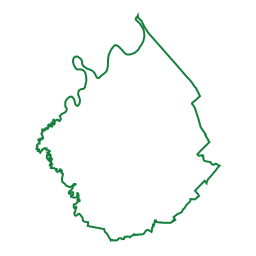 Nautla, Veracruz, Mexico
{"feature_id": "50627088B42356912123760", "entity_name": "Nautla", "entity_type": "district", "adm_level": 2, "iso_a3": "MEX", "parent_name": "Mexico", "parent_adm1": "Veracruz", "projection": "natural_earth1", "projection_center": [-96.821, 20.123], "detail": "fine", "context": "isolated", "style": "outline", "palette": "green", "viewbox_px": 256, "rotation_deg": 0, "n_neighbors": 0, "source": "geoboundaries", "source_scale": "gbopen_adm2", "svg_char_len": 5682}
<svg xmlns="http://www.w3.org/2000/svg" viewBox="0 0 256 256"><path d="M154.0,225.1L154.9,220.4L156.0,220.5L155.9,222.0L160.9,222.6L160.9,222.4L163.9,222.8L170.6,222.8L172.0,221.8L172.8,220.9L172.8,221.5L175.3,219.9L173.6,217.1L177.9,213.8L180.6,212.8L181.9,211.9L183.1,209.3L184.7,208.0L185.6,206.2L186.9,204.4L189.8,201.8L190.5,200.1L190.4,199.1L194.9,199.4L199.0,196.0L198.0,194.2L195.0,190.7L204.6,180.8L206.5,183.2L206.6,182.4L207.5,180.5L207.7,179.6L211.4,175.6L214.0,172.3L215.0,171.3L217.9,167.4L219.6,165.7L218.5,165.4L217.5,164.6L216.3,163.9L215.3,163.9L213.3,164.8L212.5,164.6L211.5,163.8L210.8,162.4L210.2,162.1L205.1,161.1L203.9,160.4L203.7,159.9L203.5,159.0L203.5,158.0L202.7,156.7L202.8,156.0L203.2,155.9L203.1,155.5L202.1,155.2L201.2,155.5L200.2,155.4L198.8,155.8L198.0,155.2L197.4,154.3L200.6,150.8L209.4,142.1L208.2,140.3L208.2,139.8L205.3,135.3L205.8,134.7L200.7,127.2L198.4,118.9L194.8,107.8L193.9,106.6L193.6,105.7L192.0,103.8L192.3,103.3L192.2,102.8L195.2,100.5L200.0,96.1L199.2,94.8L198.7,93.4L196.8,90.0L196.3,88.4L194.7,86.9L192.3,83.1L190.1,80.3L185.8,75.7L176.6,65.0L148.3,32.9L144.6,27.2L141.3,20.6L138.4,18.0L137.9,15.4L137.2,16.9L136.0,17.9L135.7,19.5L136.4,20.3L139.6,23.3L142.3,27.2L143.4,29.5L144.1,32.4L144.3,34.8L144.3,36.8L143.4,41.0L142.1,43.6L141.1,45.2L139.8,46.9L138.7,49.2L138.0,50.1L134.5,53.0L130.9,54.3L129.4,54.5L127.5,54.5L126.0,54.2L124.5,52.9L121.5,49.4L118.4,46.3L116.4,45.3L114.8,45.2L113.1,47.0L111.2,49.6L109.7,52.6L108.8,54.8L108.1,58.6L107.9,65.8L107.0,70.2L106.5,71.1L105.1,72.8L102.2,74.9L98.8,78.0L97.8,78.0L97.0,77.6L96.3,76.6L94.7,73.2L92.6,71.0L90.6,69.9L86.9,68.6L83.1,65.8L82.1,63.5L82.0,61.5L81.6,60.0L80.6,58.8L78.2,56.9L77.1,56.5L75.1,56.7L74.0,57.6L73.3,59.1L73.0,60.9L73.1,62.2L73.6,64.3L75.4,67.9L77.0,69.4L80.4,69.4L82.5,69.8L84.2,71.2L85.1,72.5L85.6,74.0L86.3,77.9L86.3,80.7L86.1,82.6L85.3,85.1L85.2,86.7L83.8,88.8L81.7,89.0L79.7,89.9L79.2,90.3L78.4,91.8L78.1,94.4L79.7,98.6L80.0,101.0L79.4,103.8L78.3,105.3L77.5,105.9L76.3,105.4L75.5,104.3L75.0,102.9L74.5,100.5L73.8,98.8L71.9,96.7L70.6,96.6L69.3,97.1L67.4,98.6L66.0,100.6L65.4,101.9L65.5,102.0L65.3,102.9L65.3,106.6L65.8,107.1L66.7,108.7L66.7,109.8L66.4,110.8L65.7,111.8L65.0,112.4L61.6,114.1L59.7,116.1L60.2,116.9L60.7,118.2L60.8,119.4L59.8,120.8L59.5,121.0L58.6,120.8L58.2,119.9L57.2,119.6L55.1,121.0L54.0,119.7L53.6,119.6L53.1,120.2L53.1,120.7L54.5,122.1L54.7,123.4L54.4,124.1L52.6,122.9L51.6,122.6L51.1,123.7L51.1,124.2L51.3,124.5L52.1,124.4L52.6,125.3L52.0,126.6L50.8,126.3L49.4,124.7L48.8,124.5L48.3,124.9L48.1,126.0L48.4,126.2L49.1,125.5L49.6,125.8L49.5,126.2L48.6,127.1L48.0,128.6L47.1,129.0L46.6,128.0L45.7,128.2L45.3,128.5L45.0,130.1L44.5,130.6L44.0,130.6L43.3,129.5L42.8,129.3L42.3,129.5L42.2,130.8L42.4,132.4L42.3,132.8L41.8,133.0L41.4,133.7L42.8,136.8L43.0,137.9L42.9,138.6L42.5,138.9L42.0,138.2L40.7,138.7L40.4,139.3L40.6,140.2L40.4,140.6L40.0,140.7L39.2,139.2L38.4,139.4L38.4,140.2L38.6,140.7L39.4,141.5L39.4,142.7L39.7,143.3L39.6,143.6L38.4,143.6L37.6,144.4L37.0,145.3L37.0,145.7L37.4,146.1L37.5,146.4L36.9,146.5L36.7,147.0L36.8,147.8L36.4,149.0L36.7,149.4L37.3,149.5L38.5,149.1L39.1,149.5L39.1,149.9L38.6,149.9L38.0,151.0L39.9,151.4L40.1,151.7L39.9,152.3L40.2,152.7L42.1,150.2L42.2,149.4L43.2,149.4L44.4,148.1L45.8,148.3L45.5,148.5L46.3,149.8L47.6,149.9L49.7,151.0L49.8,151.4L48.9,152.2L47.4,152.5L48.4,153.6L48.9,153.5L49.0,154.1L48.6,153.8L48.5,154.1L49.0,154.4L49.5,155.3L50.0,155.3L50.5,154.8L50.7,155.6L49.4,155.8L48.7,155.4L48.0,154.5L47.6,154.6L47.0,155.0L46.8,157.7L47.1,158.5L48.2,159.0L49.9,157.7L50.7,157.4L51.0,157.0L50.9,157.6L50.1,158.1L51.2,158.0L52.0,159.0L51.7,159.3L51.2,158.6L49.8,159.1L50.0,160.0L48.5,160.1L48.8,160.6L49.5,160.7L49.8,161.2L50.4,161.4L50.8,161.3L51.2,160.7L51.3,160.8L51.3,161.4L51.1,161.5L50.9,162.3L51.9,163.7L50.6,163.7L49.7,165.1L49.7,165.4L51.6,165.7L51.7,166.3L51.5,166.8L50.8,167.5L50.7,167.9L50.9,168.1L51.6,168.0L53.2,168.3L54.0,168.1L54.6,168.3L55.6,169.2L56.6,168.9L56.9,169.3L56.7,169.9L56.1,170.2L56.1,170.6L56.6,171.3L57.8,172.0L58.8,171.1L59.9,171.1L59.8,169.4L60.2,169.3L61.3,169.9L61.3,170.9L61.9,171.1L62.0,171.4L61.4,172.6L61.6,173.0L63.0,174.0L62.0,178.5L62.0,179.9L62.5,181.6L62.4,181.8L63.3,182.7L64.8,183.8L65.5,184.6L65.6,185.1L66.3,185.8L67.2,185.9L68.8,186.9L70.6,187.0L72.9,185.4L73.6,184.2L73.9,184.0L74.9,184.0L75.6,184.3L75.3,184.7L74.3,184.9L73.6,185.8L72.9,186.9L72.3,188.9L71.6,189.3L70.9,190.2L69.6,191.1L68.7,192.9L68.9,193.6L69.6,193.8L70.2,193.7L71.7,192.2L72.4,192.0L73.0,192.3L73.2,193.3L73.2,194.7L72.9,195.1L71.7,195.1L71.3,195.4L70.9,196.0L71.0,196.6L72.0,197.2L74.8,197.7L76.7,197.0L77.1,196.6L77.3,195.4L77.3,193.2L78.0,193.3L78.5,194.9L78.6,196.7L77.8,199.3L77.4,199.6L77.4,200.4L77.7,200.7L78.2,200.6L78.8,199.5L79.3,199.4L79.7,200.9L78.0,201.8L75.5,204.1L73.8,204.5L73.7,206.2L73.8,207.5L74.1,207.8L74.5,208.0L75.2,207.9L76.0,206.8L76.4,207.2L76.4,207.6L75.5,209.7L75.1,212.1L74.3,212.6L74.4,214.0L74.7,214.9L75.6,215.8L76.8,215.3L78.4,213.9L79.0,213.7L79.8,214.2L80.8,215.7L81.2,215.8L82.6,218.0L83.0,220.6L83.3,221.1L84.6,221.7L88.1,222.2L87.8,226.0L104.2,229.1L104.8,231.7L106.7,233.3L110.8,240.4L111.2,239.8L111.9,239.7L113.4,240.6L114.4,240.3L116.9,240.4L117.7,239.8L118.2,239.0L119.5,238.2L121.3,238.3L122.1,239.2L123.9,239.0L124.3,238.2L124.2,237.5L125.2,236.6L125.8,236.9L127.4,236.5L129.1,236.7L129.6,237.3L130.0,237.4L130.4,236.7L133.1,235.1L133.1,234.8L133.4,234.5L134.2,234.3L134.5,234.3L135.0,235.2L136.3,234.7L137.3,235.0L138.0,234.5L142.5,234.4L143.8,233.7L146.0,230.6L147.2,230.0L147.9,229.9L149.8,230.8L151.5,231.9L151.9,230.6L152.1,227.8L152.3,227.3L153.1,226.9L152.9,224.7L154.0,225.1Z" fill="none" stroke="#15803d" stroke-width="2"/></svg>